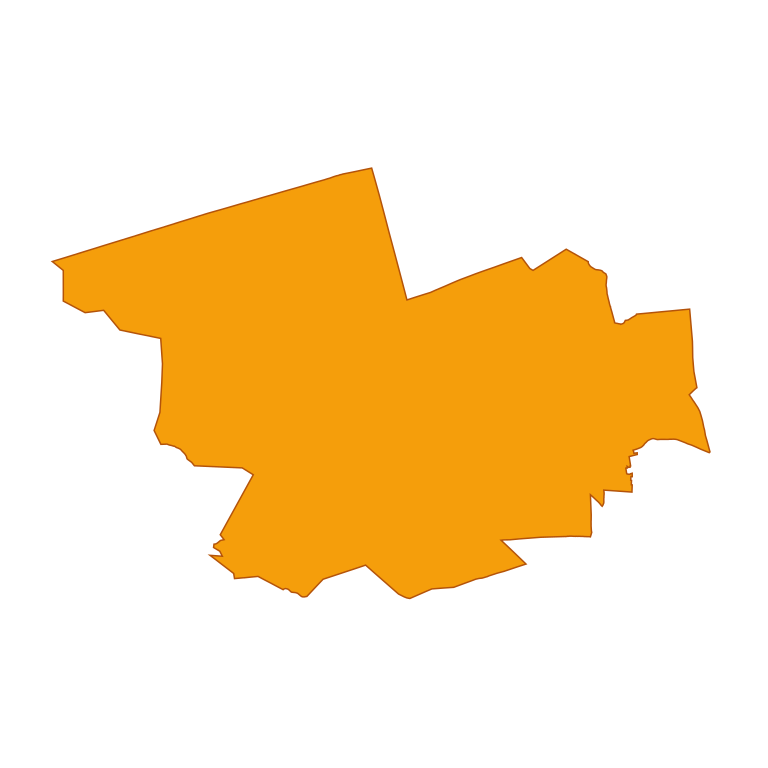 the district of Ocoyoacac, México, Mexico, rotated 174°
{"feature_id": "50627088B98406065457208", "entity_name": "Ocoyoacac", "entity_type": "district", "adm_level": 2, "iso_a3": "MEX", "parent_name": "Mexico", "parent_adm1": "México", "projection": "robinson", "projection_center": [-99.425, 19.258], "detail": "fine", "context": "isolated", "style": "filled", "palette": "amber", "viewbox_px": 768, "rotation_deg": 174, "n_neighbors": 0, "source": "geoboundaries", "source_scale": "gbopen_adm2", "svg_char_len": 5127}
<svg xmlns="http://www.w3.org/2000/svg" viewBox="0 0 768 768"><g transform="rotate(174 384 384)"><path d="M233.9,495.4L242.7,493.3L252.8,490.9L262.1,488.6L272.0,486.3L274.9,485.6L281.4,484.0L287.8,482.3L297.4,479.8L300.8,478.8L306.6,477.0L312.8,475.0L322.7,472.0L328.2,470.2L335.7,468.7L344.0,467.0L352.4,465.2L354.6,479.7L356.5,492.0L358.9,507.4L360.7,518.9L363.1,534.0L365.0,546.6L366.7,557.7L369.0,572.5L371.7,588.5L373.7,600.0L383.7,599.0L388.4,598.5L395.5,597.8L403.2,597.1L404.4,596.8L405.8,596.7L407.6,596.2L409.6,596.0L412.5,595.4L416.4,594.4L418.8,594.0L422.1,593.3L431.5,591.7L438.2,590.5L444.7,589.3L451.6,588.1L457.9,587.0L464.8,585.8L471.4,584.6L478.1,583.4L481.0,582.9L484.4,582.3L494.3,580.5L500.9,579.3L507.5,578.2L514.0,577.0L520.6,575.8L527.3,574.6L533.8,573.5L541.3,572.2L550.4,570.4L560.2,568.4L570.0,566.5L579.9,564.5L589.8,562.5L599.3,560.7L609.1,558.7L619.0,556.7L629.2,554.7L638.3,552.9L648.5,550.9L658.4,548.9L668.1,547.0L678.6,544.9L688.1,543.0L698.0,541.1L701.1,540.5L691.1,530.5L693.5,507.1L694.3,500.0L673.8,486.2L663.3,486.4L655.1,486.6L642.2,467.1L641.0,465.3L623.9,459.8L601.3,452.7L602.2,427.2L604.8,409.0L609.8,379.2L617.5,361.8L612.2,347.3L606.1,346.9L604.0,345.8L602.8,345.4L601.6,345.0L599.8,344.2L598.8,344.0L597.3,342.7L596.6,342.3L595.3,341.7L593.2,340.3L591.7,338.2L590.3,336.5L589.2,335.0L588.2,333.0L587.7,330.2L587.0,329.4L583.5,326.2L581.1,322.5L553.8,318.4L533.8,315.4L523.5,307.4L562.6,251.2L559.3,245.9L562.9,245.5L563.6,245.1L564.6,244.4L566.6,243.1L568.2,242.5L569.8,242.5L570.6,239.2L564.8,234.9L562.8,229.6L574.9,231.8L553.3,211.3L553.0,206.1L544.7,206.0L543.3,205.9L537.1,205.9L529.4,205.8L523.6,201.9L517.7,198.0L511.8,194.0L505.8,190.0L505.4,190.3L504.6,190.7L503.4,190.9L501.5,190.3L500.4,189.6L498.0,186.8L497.2,186.5L493.9,185.8L491.8,184.9L488.5,181.5L487.5,180.9L485.7,180.6L482.9,180.8L474.0,188.5L471.0,191.1L465.0,196.2L454.9,198.4L444.8,200.6L434.7,202.8L427.9,204.3L421.2,205.8L413.8,197.7L406.4,189.7L399.0,181.7L391.5,173.6L386.2,170.2L383.7,168.9L380.7,168.0L370.9,171.1L364.3,173.2L357.8,175.2L346.8,174.9L335.9,174.5L324.9,177.3L317.7,179.1L313.2,180.3L309.8,180.7L306.8,180.7L304.9,181.0L303.0,181.4L301.5,181.6L299.7,182.2L291.3,184.0L284.4,185.1L278.1,186.5L271.0,188.1L261.6,190.1L267.9,197.6L272.7,203.3L277.9,209.4L283.9,216.4L280.7,216.4L275.0,215.9L265.3,215.8L244.0,215.2L232.0,214.3L220.0,213.4L219.8,213.3L217.3,213.3L217.2,213.4L216.2,213.2L215.8,213.3L214.5,213.2L213.0,213.0L211.4,212.7L209.6,212.5L209.4,212.4L209.0,212.5L207.1,212.2L206.4,212.2L202.9,211.7L202.4,211.7L200.5,211.3L200.3,211.3L199.7,211.2L198.2,211.0L196.8,210.8L195.8,210.7L194.7,210.4L194.4,211.2L194.1,211.8L192.9,214.8L192.9,215.1L193.1,215.8L192.9,220.7L192.8,222.0L192.7,222.6L192.4,225.9L192.2,227.0L191.6,232.2L190.3,252.3L187.9,249.7L185.0,246.3L184.2,245.4L183.2,244.3L181.8,242.4L181.3,241.5L180.7,240.6L179.8,239.6L178.9,240.7L178.4,241.7L177.9,242.6L177.7,243.6L177.6,244.8L177.4,247.0L177.1,248.3L177.0,249.5L176.7,251.0L176.5,252.5L176.5,253.7L176.5,255.5L165.7,253.6L158.9,252.4L152.1,251.2L148.7,250.6L147.7,257.7L148.6,257.9L147.9,262.2L148.7,262.5L148.1,266.1L146.8,265.9L146.5,269.3L148.2,269.0L148.9,268.5L150.1,268.8L150.6,268.7L152.0,269.4L152.3,275.0L150.9,275.0L150.8,276.7L149.5,275.5L147.9,275.6L147.8,276.8L147.3,276.8L147.4,278.6L147.7,284.1L147.7,284.9L147.8,285.6L147.8,286.2L139.5,287.4L139.4,289.1L142.7,289.0L142.8,290.6L143.2,292.1L139.3,292.9L137.8,293.3L136.4,293.7L135.3,294.0L133.8,294.8L132.9,295.5L132.0,296.2L131.3,297.1L130.5,297.8L129.5,298.5L128.5,299.4L127.6,300.1L126.4,300.6L123.5,301.5L122.2,301.6L121.2,301.4L119.9,300.9L118.7,300.4L117.6,300.1L116.4,300.1L114.5,300.0L107.1,299.2L105.5,299.2L103.6,299.0L101.9,298.9L100.2,298.6L98.7,298.2L97.7,297.8L90.5,294.1L88.5,292.9L87.2,292.3L84.5,291.1L79.6,288.3L76.1,286.2L67.7,281.7L66.9,282.4L67.4,285.4L68.8,294.2L69.7,299.0L70.0,304.0L70.0,304.5L70.5,307.6L71.1,314.1L71.5,316.5L71.9,318.9L72.8,323.6L74.2,327.3L77.5,333.8L78.4,335.3L79.7,337.9L81.6,341.4L77.3,344.8L74.2,347.1L73.2,347.6L74.5,364.1L74.2,378.1L73.3,388.0L72.8,394.2L72.2,426.5L79.9,426.6L91.3,426.7L98.1,426.8L109.3,426.9L119.4,427.0L125.6,427.1L126.1,426.2L127.2,425.6L130.9,424.0L132.7,423.0L133.2,422.8L134.3,422.2L136.4,422.0L137.3,422.1L138.0,421.1L138.6,420.0L139.8,419.2L141.9,418.7L142.3,418.6L142.4,418.9L144.3,419.4L145.7,419.9L147.6,420.4L148.3,420.9L148.2,421.2L148.2,421.5L148.3,422.1L148.7,424.5L149.0,426.4L149.6,430.1L149.9,432.0L150.5,435.3L150.7,436.7L150.8,437.3L150.7,437.5L150.9,437.7L151.1,438.5L151.5,441.1L151.5,441.6L152.1,445.7L152.5,449.2L152.7,450.2L152.7,450.7L152.6,452.5L152.6,452.9L152.6,454.4L152.6,456.4L152.8,457.9L152.8,459.3L152.6,460.3L152.3,461.6L151.9,464.0L151.4,466.0L151.2,467.1L151.2,467.7L151.6,469.4L151.9,470.4L153.3,471.4L154.5,472.5L155.1,473.5L155.7,473.9L156.2,474.2L156.9,474.5L158.6,475.0L160.5,475.4L161.2,475.6L162.2,476.0L163.6,477.1L165.9,478.9L166.8,480.0L167.6,481.4L168.0,482.4L168.2,483.6L168.1,484.3L188.7,499.0L206.9,489.9L217.1,484.8L223.9,481.4L226.9,483.6L230.4,489.5L233.9,495.4Z" fill="#f59e0b" stroke="#b45309" stroke-width="1.5"/></g></svg>